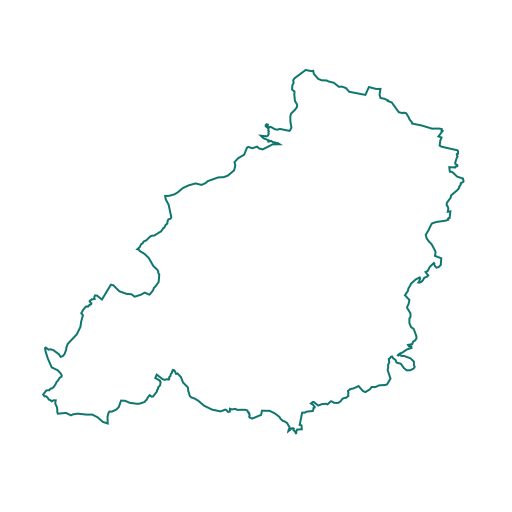 outline of Balan, Salaj, Romania, rotated 11°
{"feature_id": "2599482B44755564495658", "entity_name": "Balan", "entity_type": "district", "adm_level": 2, "iso_a3": "ROU", "parent_name": "Romania", "parent_adm1": "Salaj", "projection": "albers", "projection_center": [23.294, 47.159], "detail": "fine", "context": "isolated", "style": "outline", "palette": "teal", "viewbox_px": 512, "rotation_deg": 11, "n_neighbors": 0, "source": "geoboundaries", "source_scale": "gbopen_adm2", "svg_char_len": 6068}
<svg xmlns="http://www.w3.org/2000/svg" viewBox="0 0 512 512"><g transform="rotate(11 256 256)"><path d="M409.2,356.9L411.4,350.7L407.0,342.9L407.0,340.1L406.4,337.5L407.1,334.8L406.0,331.9L407.1,330.7L407.6,329.2L408.8,328.7L410.1,330.2L412.9,331.5L413.8,333.2L414.8,333.9L418.7,334.1L422.6,337.8L425.8,339.5L429.2,338.7L432.0,336.6L432.8,335.2L432.8,334.2L431.9,333.2L431.1,329.5L427.2,327.0L420.7,325.9L417.6,326.3L416.3,325.2L414.7,326.6L414.2,326.3L415.7,324.4L418.3,322.7L421.9,319.0L426.2,316.6L425.7,315.1L423.3,315.5L422.2,314.3L426.2,312.6L426.6,310.0L428.4,308.4L429.2,306.2L428.7,304.0L425.5,298.8L424.4,297.3L421.8,296.3L419.4,292.7L418.5,288.0L419.2,286.7L419.2,285.8L418.5,282.7L414.3,278.2L414.1,277.0L414.9,274.2L415.0,269.9L409.7,266.1L411.8,261.1L411.8,258.6L413.0,255.8L413.4,253.6L417.1,248.7L420.7,245.8L421.4,246.7L421.0,250.1L420.5,251.0L421.7,250.9L423.4,249.7L424.5,247.9L425.3,245.3L427.8,243.6L428.8,242.3L425.5,239.4L427.5,237.8L428.5,233.8L431.9,228.9L432.5,229.3L432.6,230.3L433.4,231.6L435.4,233.0L437.3,232.1L439.1,229.5L438.3,222.9L431.6,221.7L431.6,218.2L430.9,216.8L426.3,211.1L422.3,208.2L420.1,206.0L418.6,202.9L420.6,197.2L422.0,191.6L422.7,190.3L426.5,188.2L435.2,185.2L437.8,183.8L437.8,183.4L437.3,183.5L437.4,182.7L437.8,182.0L438.8,181.7L438.3,175.1L435.8,176.0L435.8,172.9L434.6,170.6L433.5,170.0L433.2,167.3L435.9,161.8L436.0,159.2L441.1,152.9L442.2,150.9L442.5,149.6L442.2,149.2L443.4,146.8L443.1,146.2L443.3,145.1L444.9,144.2L445.5,143.2L444.4,140.5L438.3,139.7L433.8,136.8L432.1,136.0L430.3,136.3L429.8,135.1L428.8,131.9L434.6,131.1L434.6,130.3L436.4,129.5L436.4,128.5L434.1,127.5L433.7,126.5L434.4,120.8L434.9,119.9L433.7,118.2L433.8,117.5L434.8,117.0L434.3,114.5L433.5,113.8L417.4,113.3L415.2,112.6L414.9,107.5L415.5,104.3L412.3,103.8L415.3,97.7L414.2,97.6L414.2,96.0L411.8,95.9L404.5,97.4L394.0,96.3L384.0,96.2L383.8,95.3L380.6,92.6L379.5,90.8L376.2,87.2L373.5,87.1L372.7,87.8L368.7,87.6L360.0,79.4L355.8,78.7L355.9,78.1L352.4,77.2L348.1,77.1L346.5,74.0L346.3,68.2L342.1,69.1L334.6,68.6L332.6,77.0L316.1,77.0L312.3,74.0L307.9,73.3L305.1,74.1L299.3,71.1L293.7,70.8L291.7,70.2L287.1,71.0L283.4,70.3L278.0,66.2L276.8,63.3L274.7,64.0L269.3,63.9L260.6,73.4L259.7,74.5L259.0,76.6L259.9,78.9L259.1,81.7L259.7,85.8L262.4,87.2L262.8,90.2L264.6,96.3L267.1,99.1L267.8,100.6L267.7,102.1L266.5,104.8L263.3,109.5L263.1,110.8L263.1,112.7L264.2,117.8L266.3,123.2L265.4,126.2L265.0,126.8L255.1,126.7L253.0,127.9L250.5,128.0L246.4,126.6L243.1,126.8L242.4,126.1L242.6,124.8L241.4,124.6L240.5,125.7L240.8,126.8L244.1,128.6L244.0,130.2L244.9,131.3L244.6,132.5L245.2,133.8L244.8,135.4L243.6,136.5L237.8,137.0L240.7,138.9L246.4,140.1L246.2,141.3L246.5,141.4L248.9,140.1L250.6,141.0L253.4,140.9L254.2,141.5L255.7,140.9L257.9,141.8L251.1,143.2L242.2,150.1L238.4,149.8L236.2,148.4L232.0,150.9L227.5,150.4L226.5,151.4L225.0,158.9L219.8,163.4L217.0,168.0L218.4,171.1L218.2,176.1L213.1,182.4L209.2,184.8L203.8,186.1L194.4,191.7L192.5,194.1L189.0,196.6L182.8,196.3L176.4,199.5L171.3,203.2L167.0,208.5L164.1,211.1L159.2,213.5L155.4,214.4L156.5,217.5L160.5,222.4L165.5,234.3L164.8,235.8L163.1,236.7L162.6,238.3L162.7,241.2L161.4,242.6L160.6,245.6L159.8,246.1L158.2,249.8L152.0,255.5L150.2,255.8L148.5,256.9L145.3,261.6L142.9,263.3L142.3,265.2L140.9,266.4L140.3,269.2L138.2,272.0L139.8,272.1L140.9,273.3L146.2,275.2L151.1,278.4L157.1,285.4L162.0,288.5L163.1,290.1L163.2,291.1L164.6,292.8L165.4,300.0L163.6,304.1L161.8,306.9L161.6,309.1L159.3,313.6L158.7,314.3L153.7,313.2L150.5,315.9L144.7,319.1L141.1,317.3L136.3,317.9L128.6,316.7L121.6,312.0L119.0,311.9L113.1,328.1L107.4,325.2L105.5,325.4L105.1,327.3L105.8,329.0L102.9,330.0L101.3,332.0L101.4,332.4L103.4,333.8L103.4,334.7L102.1,335.6L102.0,336.3L101.1,336.6L100.7,337.8L98.7,338.0L96.7,341.7L95.4,345.5L97.4,347.1L96.9,354.1L97.2,359.0L95.0,367.1L87.9,378.3L87.3,382.3L87.6,384.0L86.7,389.0L85.4,391.1L83.5,392.3L81.2,390.0L74.8,387.0L72.2,386.8L70.2,387.5L67.1,386.0L66.5,386.7L67.8,390.2L71.3,396.5L76.7,404.3L83.1,406.0L86.4,408.3L88.1,410.3L88.1,411.6L86.6,412.9L85.0,416.8L84.2,417.9L83.9,419.6L82.5,423.0L81.4,424.6L79.5,425.6L78.6,427.2L75.8,428.0L73.5,432.6L75.2,434.1L76.5,433.8L78.0,434.4L80.1,436.5L81.9,436.8L83.2,437.7L84.6,436.4L86.9,435.9L87.1,439.2L89.3,442.2L90.2,444.4L90.6,446.8L91.5,448.6L99.5,446.3L104.7,447.7L106.9,446.2L111.0,444.8L120.2,444.0L125.5,442.9L131.1,444.5L137.4,448.1L142.4,448.7L140.9,442.0L141.2,438.0L141.8,436.6L144.2,436.3L148.1,433.5L150.1,430.6L151.1,423.7L155.0,423.1L160.0,424.2L167.5,423.8L170.0,423.1L174.6,420.5L175.2,418.9L176.1,418.1L176.8,415.5L178.2,412.9L180.3,414.0L181.8,413.5L184.6,407.9L184.5,406.5L185.3,405.0L185.0,403.8L186.5,401.3L186.5,398.1L185.4,397.2L185.4,396.6L180.4,395.0L181.2,391.4L188.0,394.8L190.1,395.0L192.1,393.9L193.7,394.0L194.3,393.6L193.9,391.6L195.0,390.0L194.8,388.2L195.8,386.5L195.6,385.3L196.2,384.9L196.2,383.7L197.7,383.8L200.1,387.0L201.4,386.3L205.4,389.2L208.5,394.1L214.2,398.0L215.2,401.2L217.7,406.0L219.5,407.2L222.5,407.5L226.7,409.0L233.7,412.9L242.3,415.2L250.1,415.3L251.3,415.1L255.0,412.7L256.0,412.7L258.3,414.4L260.0,413.7L259.6,410.9L261.6,411.2L264.8,410.0L267.0,410.6L274.8,409.0L277.0,409.3L277.7,410.5L278.7,410.9L279.3,411.7L279.0,412.0L280.1,413.3L280.0,415.0L280.4,415.7L283.3,416.3L291.3,411.0L291.4,406.7L299.0,405.4L304.8,407.0L309.7,409.5L311.3,411.3L314.0,412.8L314.9,412.7L318.4,414.0L321.8,418.0L321.2,420.4L321.2,421.8L324.1,418.3L325.0,418.0L326.1,418.3L325.9,419.7L327.9,420.9L329.4,423.1L329.0,420.8L329.5,418.5L334.0,417.4L333.0,413.6L331.1,413.5L331.2,401.0L333.8,400.5L335.2,399.2L341.3,397.3L341.6,395.8L341.4,394.3L342.5,393.6L342.4,392.9L340.0,390.9L338.1,390.3L339.5,388.5L340.5,388.3L345.6,390.9L349.0,388.8L352.9,387.7L354.5,388.0L357.1,384.4L358.2,384.3L360.5,385.2L364.4,384.7L366.7,382.6L368.0,379.8L369.7,378.5L371.2,378.2L373.4,375.8L372.8,374.2L372.8,372.5L372.0,371.0L374.0,368.6L377.0,367.4L381.5,364.1L386.8,368.2L389.4,368.7L393.2,365.2L394.5,362.5L398.0,362.0L401.5,359.5L407.7,357.9L409.2,356.9Z" fill="none" stroke="#0f766e" stroke-width="2"/></g></svg>